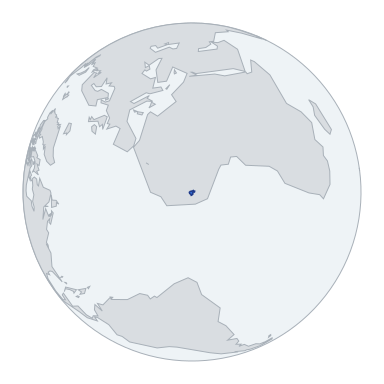 Kankan highlighted on a globe, orthographic projection, rotated 302°
{"feature_id": "GIN-5641", "entity_name": "Kankan", "entity_type": "Prefecture", "adm_level": 1, "iso_a3": "GIN", "parent_name": "Guinea", "parent_adm1": "", "projection": "orthographic", "projection_center": [-8.816, 10.042], "detail": "fine", "context": "on_globe", "style": "filled", "palette": "blue", "viewbox_px": 384, "rotation_deg": 302, "n_neighbors": 0, "source": "natural_earth", "source_scale": "10m", "svg_char_len": 9082}
<svg xmlns="http://www.w3.org/2000/svg" viewBox="0 0 384 384"><g transform="rotate(302 192 192)"><circle cx="192" cy="192" r="169" fill="#eef3f6" stroke="#a8b0b8"/><path d="M142.8,30.3L128.0,36.4L131.3,35.3L127.8,37.6L130.3,37.3L126.9,39.1L131.8,37.4L134.5,36.0L137.6,34.9L139.3,34.8L135.2,36.7L133.7,37.1L133.4,37.7L130.7,38.8L133.0,38.2L127.8,40.9L135.4,38.1L133.4,40.3L129.3,42.2L126.5,42.0L110.1,47.8L105.1,50.6L100.8,54.1L99.4,60.3L95.2,63.7L91.9,68.3L95.6,66.1L99.6,61.8L105.8,59.4L109.9,55.0L113.0,53.6L118.6,49.5L121.1,50.3L120.7,53.4L116.2,56.9L115.8,58.6L122.9,55.6L117.2,63.4L118.2,70.7L116.3,73.0L107.8,75.9L100.8,74.2L89.6,80.1L100.3,76.7L95.5,83.3L96.2,84.8L98.4,85.0L101.6,82.8L100.7,85.4L89.8,89.2L90.5,86.8L93.9,85.5L90.6,85.0L83.2,88.5L81.4,92.1L72.2,95.2L70.8,98.0L68.0,100.5L70.9,95.7L65.5,104.7L54.5,112.8L47.0,129.6L50.6,115.6L49.7,113.3L47.8,112.5L46.4,115.1L45.8,111.8L42.0,116.1L35.9,128.9L32.3,139.7L33.5,141.8L36.0,136.5L38.1,136.5L31.9,151.3L34.9,155.7L31.9,167.4L32.1,174.3L34.7,173.8L37.1,177.9L40.4,171.7L45.1,169.3L43.5,179.0L47.4,170.9L49.1,176.3L59.3,178.5L58.1,180.5L66.5,194.2L78.2,201.5L80.9,209.1L79.2,213.3L83.8,215.3L83.9,218.2L104.7,225.5L117.2,234.1L118.0,244.1L110.1,254.5L108.6,277.3L95.9,282.8L96.6,291.6L93.4,303.2L85.2,300.7L91.6,307.7L90.4,310.7L86.2,310.0L89.0,314.3L86.0,313.6L90.5,317.1L91.1,321.6L97.2,326.6L99.1,330.0L103.2,332.9L101.9,332.5L102.0,333.0L103.8,334.4L97.4,330.9L89.5,324.6L87.2,322.0L85.4,320.9L79.9,313.7L80.0,314.8L70.2,302.5L65.3,292.6L52.5,261.5L48.8,254.6L41.3,245.1L31.8,218.6L32.5,209.3L31.2,204.1L35.4,191.7L35.5,178.2L34.4,175.8L32.5,180.1L29.9,169.9L30.8,159.4L31.5,139.2L35.8,127.6L41.0,116.2L47.0,105.3L53.7,94.9L61.3,85.0L69.5,75.6L78.4,66.9L87.9,58.9L98.0,51.6L108.6,45.1L119.6,39.3L131.1,34.4L142.8,30.3ZM44.4,135.2L47.9,145.8L43.7,145.5L44.9,144.2L44.5,140.2L42.9,135.9L39.8,136.5L44.4,135.2ZM50.9,127.0L50.1,125.9L51.2,126.3L50.9,127.0ZM116.8,49.5L117.6,49.5L116.2,50.2L116.8,49.5ZM118.4,47.8L116.1,48.6L116.5,48.0L117.9,47.5L118.4,47.8ZM121.2,47.0L117.5,46.8L118.3,45.7L124.3,43.0L121.2,47.0ZM134.6,35.6L131.8,37.1L132.6,36.1L134.6,35.6ZM134.3,35.3L132.1,34.5L137.1,32.5L136.8,33.0L142.0,30.9L145.5,30.2L143.4,31.3L139.5,32.6L143.8,31.4L134.3,35.3ZM138.9,34.4L138.0,34.3L142.2,32.5L144.8,32.5L142.6,33.0L138.9,34.4ZM141.6,30.8L145.2,29.7L149.0,28.8L150.9,28.3L146.0,30.1L141.6,30.8ZM142.5,33.4L145.9,32.6L145.5,33.4L140.0,34.5L142.5,33.4ZM142.3,32.1L144.4,31.3L144.0,31.7L142.3,32.1ZM145.9,36.4L144.8,35.9L146.9,34.9L145.9,36.4ZM147.3,32.2L148.1,31.6L150.2,31.3L147.3,32.2ZM149.0,29.5L149.8,29.5L151.2,28.7L154.1,28.3L150.3,29.6L153.2,28.9L154.1,28.8L149.9,30.1L149.0,29.5ZM154.5,30.0L150.6,32.1L152.3,33.0L150.4,33.8L148.1,32.3L154.5,30.0ZM152.2,29.9L153.2,30.1L150.4,30.9L148.0,31.2L152.2,29.9ZM157.5,27.6L154.0,27.9L155.0,27.6L157.5,27.6ZM155.5,30.1L156.4,29.6L156.0,30.0L155.5,30.1ZM157.5,28.1L156.1,28.2L157.3,27.8L157.5,28.1ZM159.4,28.8L158.1,29.4L156.5,29.5L159.4,28.8ZM159.0,28.3L160.8,27.9L156.6,29.2L158.2,28.4L159.0,28.3ZM158.8,27.8L159.0,27.6L159.2,27.8L158.8,27.8ZM166.5,28.1L161.5,29.7L157.8,30.0L163.1,28.3L166.5,28.1ZM109.9,337.8L98.9,331.9L104.2,334.8L103.4,333.2L110.8,337.2L109.9,337.8ZM109.3,333.9L111.0,333.4L112.8,334.3L112.0,334.9L109.3,333.9ZM350.7,134.0L354.5,146.8L358.2,162.8L359.0,170.8L353.0,149.9L347.6,135.5L347.1,137.8L339.5,127.4L331.3,130.5L328.6,127.1L327.4,129.6L321.8,127.1L317.1,121.6L314.5,122.9L326.5,137.5L329.2,136.3L329.4,129.1L332.4,134.8L337.6,138.8L337.2,155.0L322.4,173.2L318.5,161.6L294.5,132.6L293.9,129.0L293.7,128.6L293.2,127.9L293.6,134.0L288.6,128.4L304.1,148.8L307.8,158.2L322.3,174.0L321.5,176.1L325.4,179.1L335.0,171.8L335.6,175.8L332.6,196.0L317.2,225.2L317.8,242.0L314.3,256.7L301.6,268.4L299.6,279.2L292.6,284.1L290.1,290.4L282.8,297.7L271.6,305.0L255.9,307.1L257.4,301.7L253.2,291.7L248.6,266.2L255.1,253.3L254.7,243.8L243.1,223.3L245.8,211.0L242.1,206.2L234.8,208.1L230.2,202.3L225.5,202.6L194.5,208.7L183.5,201.3L167.0,177.9L171.5,168.1L169.8,157.0L198.9,118.7L208.0,120.1L234.2,113.3L238.0,114.3L238.1,122.6L260.3,130.6L263.7,123.1L280.7,126.6L290.0,125.0L287.8,109.4L272.5,111.7L266.8,104.9L276.5,96.8L289.4,95.7L287.6,93.1L276.8,88.4L277.1,83.2L272.8,86.5L276.5,88.8L273.9,91.2L270.4,89.3L270.6,87.3L266.0,86.8L266.0,96.9L269.8,100.3L259.3,103.7L264.6,110.0L262.7,113.5L253.0,104.3L251.9,100.6L236.1,91.9L236.3,95.9L251.2,104.7L247.7,104.3L248.1,110.7L245.1,105.5L228.7,95.7L217.5,99.4L207.7,116.1L200.2,118.1L191.8,115.8L190.8,100.0L207.7,97.4L207.6,92.6L200.2,86.4L206.0,86.4L205.1,83.9L211.1,82.9L215.7,76.2L221.3,75.0L219.4,67.6L222.0,66.2L222.3,70.8L225.6,73.7L238.9,71.7L240.3,70.0L238.0,65.5L242.0,65.9L238.1,61.9L243.9,59.5L233.5,59.3L230.5,55.0L232.0,51.3L229.1,50.1L226.7,56.1L227.4,58.7L231.0,60.8L231.4,68.8L227.6,70.7L220.2,62.8L214.0,64.9L210.9,58.6L219.4,44.8L224.8,42.1L241.5,45.6L242.4,48.2L236.8,48.0L245.4,51.7L243.1,49.6L246.4,50.2L244.3,46.9L246.6,47.2L240.8,43.7L243.3,43.7L246.9,45.9L246.1,41.7L250.3,41.4L249.0,40.4L246.5,39.4L253.5,40.1L252.3,39.3L249.5,38.8L245.2,37.1L240.3,34.5L243.0,34.9L245.2,35.8L253.6,38.7L258.8,41.7L259.5,41.6L255.6,39.2L245.2,35.6L241.5,34.0L246.4,35.3L244.3,34.7L243.4,34.1L244.9,33.9L239.6,32.5L225.1,27.0L226.7,26.8L232.6,28.1L228.6,27.0L240.3,30.1L251.7,34.0L262.9,38.6L273.7,44.1L284.0,50.3L293.9,57.3L303.3,64.9L312.1,73.2L320.3,82.1L327.8,91.5L334.7,101.5L340.8,111.9L346.1,122.8L350.7,134.0ZM192.4,137.6L192.4,140.8L192.4,137.6ZM305.6,102.9L311.6,102.2L304.5,93.7L306.3,92.9L303.2,90.5L304.0,93.1L295.8,86.7L296.9,83.6L293.9,80.1L291.7,80.3L291.1,87.0L302.8,96.0L303.2,100.0L305.6,102.9ZM59.7,178.4L60.7,180.6L58.9,180.3L59.7,178.4ZM42.0,149.2L43.3,149.9L43.6,151.7L42.4,151.8L42.0,149.2ZM55.7,153.8L57.8,155.3L55.1,155.4L55.7,153.8ZM48.8,147.3L54.0,153.1L49.0,154.6L45.9,151.2L48.7,151.2L48.8,147.3ZM48.0,132.1L48.5,133.2L47.6,134.8L48.0,132.1ZM51.7,127.3L51.3,127.3L51.5,125.8L51.7,127.3ZM96.2,83.1L97.0,82.9L98.8,83.6L96.9,84.4L96.2,83.1ZM112.9,81.2L111.1,85.5L111.1,82.7L108.1,84.4L104.5,81.1L115.2,74.0L111.0,77.6L112.9,81.2ZM102.6,75.4L103.7,77.8L102.0,75.5L102.6,75.4ZM194.1,72.3L197.4,73.5L196.9,76.5L189.9,79.4L190.5,75.0L194.1,72.3ZM202.2,74.7L196.8,66.9L200.9,65.2L199.5,67.4L202.8,67.0L201.4,70.5L210.6,77.1L210.8,80.3L197.7,83.1L201.9,80.2L198.4,79.0L202.2,74.7ZM175.6,54.4L173.3,52.2L185.3,51.2L186.1,53.4L179.1,56.1L174.1,55.1L175.6,54.4ZM132.6,42.9L131.0,43.0L132.1,42.3L134.4,41.7L132.6,42.9ZM145.2,36.2L141.0,42.0L138.9,42.3L139.0,46.0L133.4,48.3L133.6,45.8L129.4,50.7L127.3,49.3L125.1,52.7L126.0,46.7L123.9,46.1L128.3,45.8L133.4,43.6L135.0,42.4L138.1,38.9L136.2,37.0L141.0,34.9L144.9,34.0L146.1,34.1L142.6,35.3L146.7,34.6L142.5,36.5L145.2,36.2ZM187.5,30.6L183.0,30.8L190.5,32.0L186.4,33.0L187.5,33.1L185.8,34.5L185.6,36.4L183.3,36.8L184.2,37.5L183.1,38.6L183.6,39.7L179.6,40.8L179.9,42.4L177.9,42.1L179.5,44.5L176.5,43.3L174.8,44.9L178.6,45.3L155.9,51.1L148.6,55.4L144.2,59.9L139.7,57.8L141.0,52.5L145.6,46.7L153.2,43.2L149.7,43.2L152.4,41.6L154.0,42.3L153.1,40.4L155.7,39.4L159.7,35.7L156.9,34.1L158.3,32.9L160.7,33.1L160.4,31.9L166.0,31.4L167.1,30.7L173.7,29.8L177.7,30.9L178.7,30.0L183.7,29.6L187.5,30.6ZM168.4,27.8L174.1,28.3L174.7,29.3L163.0,30.5L161.2,31.3L153.7,32.7L153.0,31.4L155.2,31.0L157.2,30.5L156.6,31.1L158.6,30.2L161.7,29.8L164.0,29.1L165.2,29.4L168.4,27.8ZM240.5,110.9L243.0,110.9L246.7,110.1L247.0,114.4L240.5,110.9ZM229.3,104.2L231.3,103.5L233.5,108.6L230.8,108.7L229.3,104.2ZM230.6,99.0L231.3,103.0L229.3,100.9L230.6,99.0ZM224.1,70.0L226.0,69.2L227.0,70.2L226.8,71.9L224.1,70.0ZM208.9,36.1L206.2,35.6L206.3,35.2L202.0,33.3L204.7,32.7L208.4,33.6L208.9,36.1ZM286.3,112.4L284.7,115.7L282.8,114.5L283.7,113.6L286.3,112.4ZM265.7,115.1L271.3,116.3L265.8,116.2L265.7,115.1ZM211.1,35.1L209.0,34.3L211.6,34.5L211.1,35.1ZM206.5,32.2L209.2,32.2L204.5,32.4L206.5,32.2ZM298.7,323.0L301.1,321.0L300.5,321.5L298.7,323.0ZM332.2,250.2L318.9,277.1L314.1,278.4L315.5,271.3L322.0,255.4L328.4,249.6L332.1,242.0L332.2,250.2ZM358.5,164.1L359.9,173.0L360.0,175.1L358.5,164.1ZM231.2,32.0L234.2,34.9L238.1,37.3L243.1,38.9L237.3,38.3L231.2,34.5L231.2,32.0ZM225.6,27.4L221.2,26.6L222.2,26.5L223.3,26.7L225.6,27.4ZM223.6,27.2L219.9,27.1L216.9,26.4L220.3,26.6L223.6,27.2ZM215.7,30.2L216.4,31.0L214.3,30.7L215.7,30.2Z" fill="#d9dde1" stroke="#a8b0b8" stroke-width="1"/><path d="M193.9,192.3L193.9,192.5L194.0,192.5L193.9,193.3L193.9,193.5L194.1,193.8L193.9,193.9L193.8,194.0L193.6,194.1L193.4,194.1L193.1,194.0L193.0,193.7L192.9,193.4L192.7,193.2L192.4,193.1L192.1,193.1L191.9,192.9L191.4,192.9L191.1,193.1L190.9,193.2L190.8,193.6L190.8,193.8L190.5,193.7L189.9,193.7L189.6,193.5L189.3,193.4L189.0,193.4L188.9,193.3L188.7,193.1L188.8,193.0L189.0,193.0L189.1,192.9L189.2,192.6L189.3,192.5L189.4,192.4L189.5,192.1L189.4,192.0L189.4,191.5L189.5,191.3L189.5,190.8L189.7,190.7L190.0,190.3L190.1,190.1L190.4,189.9L190.6,190.0L190.8,190.0L191.0,190.1L191.6,190.2L191.6,190.5L191.8,190.8L192.1,190.9L192.2,191.0L192.3,191.3L192.7,191.5L193.0,191.5L193.2,192.0L193.4,192.1L193.6,192.2L193.7,192.3L193.9,192.3Z" fill="#3b82f6" stroke="#1e3a8a" stroke-width="1.5"/></g></svg>